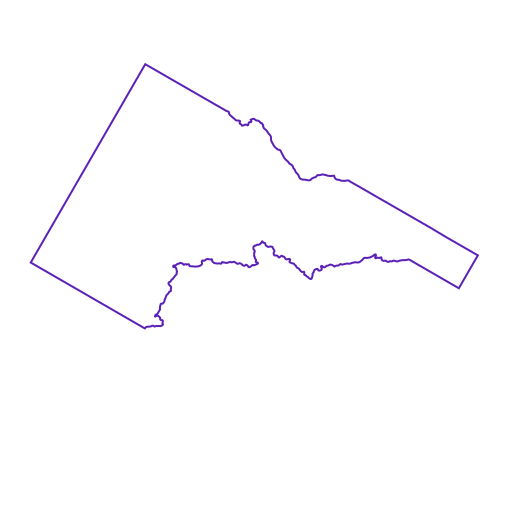 SVG path tracing the border of Idaho, rotated 120°
{"feature_id": "USA-3518", "entity_name": "Idaho", "entity_type": "State", "adm_level": 1, "iso_a3": "USA", "parent_name": "United States of America", "parent_adm1": "", "projection": "mercator", "projection_center": [-114.383, 45.496], "detail": "fine", "context": "isolated", "style": "outline", "palette": "violet", "viewbox_px": 512, "rotation_deg": 120, "n_neighbors": 0, "source": "natural_earth", "source_scale": "10m", "svg_char_len": 6151}
<svg xmlns="http://www.w3.org/2000/svg" viewBox="0 0 512 512"><g transform="rotate(120 256 256)"><path d="M144.5,64.2L182.5,64.2L182.5,121.5L182.9,122.4L183.8,123.2L184.9,124.6L186.8,127.7L188.7,129.8L189.9,130.6L190.3,131.4L191.0,134.2L191.2,134.5L191.5,134.8L192.8,135.7L193.3,137.0L193.5,137.3L194.6,138.1L195.1,138.8L195.3,139.6L195.2,141.0L195.3,141.5L196.4,143.2L196.7,144.3L196.3,145.4L194.7,146.6L194.6,146.8L194.6,147.0L196.2,148.4L196.4,149.0L196.7,150.2L198.0,151.0L198.2,151.4L197.9,151.9L197.5,152.2L195.3,152.5L194.9,153.0L194.9,153.5L195.2,153.8L195.8,154.1L197.3,154.6L200.2,156.5L201.8,158.4L202.4,159.3L203.1,160.8L203.6,161.3L204.2,161.6L206.1,161.9L209.6,163.3L209.9,163.6L210.7,164.6L211.6,166.3L212.0,167.4L212.9,168.1L213.8,169.3L215.3,170.4L216.4,171.9L216.9,173.3L220.4,177.1L220.7,178.7L221.2,179.1L222.8,179.7L224.3,181.7L225.9,182.8L225.9,183.1L225.7,184.4L225.7,185.4L226.0,186.6L226.3,187.4L226.9,187.9L228.1,188.7L229.5,190.1L231.2,190.7L231.7,191.2L231.9,191.9L231.6,193.9L231.9,194.4L232.3,194.5L232.8,194.3L233.7,193.2L234.5,192.5L235.1,192.4L235.6,192.6L236.6,193.3L237.2,194.2L237.3,194.6L237.2,194.9L236.6,195.9L236.5,196.2L236.7,196.8L237.4,197.5L238.3,198.1L239.3,198.4L240.4,198.3L241.6,197.9L242.5,198.2L243.1,198.2L244.7,197.2L247.3,196.6L247.9,196.6L248.5,196.9L248.7,197.6L248.7,199.0L248.2,200.9L248.3,201.8L248.3,202.1L247.9,202.9L247.8,203.4L248.1,204.5L248.0,204.8L247.7,205.2L246.0,206.0L245.7,206.5L246.8,208.1L246.8,209.1L246.7,209.8L245.8,211.7L245.6,212.3L245.5,213.0L245.6,214.4L245.5,215.0L244.6,216.5L244.4,217.1L244.3,218.0L243.7,219.3L244.3,221.2L244.5,223.0L244.5,223.7L244.2,224.1L243.9,224.2L242.1,224.6L241.9,224.9L241.8,225.4L242.0,226.0L243.5,227.7L243.8,228.2L243.7,229.1L242.8,230.6L242.6,231.2L242.7,231.9L243.0,232.5L243.0,232.9L242.9,233.5L243.0,233.9L243.4,234.2L245.6,235.1L245.8,235.8L245.2,237.2L245.2,238.1L245.4,238.7L246.2,240.0L246.2,240.4L246.0,241.0L244.9,242.1L244.3,242.3L242.7,242.4L242.1,242.8L240.7,245.4L240.0,246.2L240.0,246.9L240.3,247.4L240.6,248.4L241.8,249.7L242.1,250.1L242.1,250.5L242.0,251.0L242.1,251.9L242.0,252.7L241.3,253.6L240.4,254.5L240.3,254.8L240.4,255.1L240.8,256.3L240.6,256.9L240.2,257.6L240.2,257.8L240.3,258.0L241.6,258.0L243.8,258.5L245.1,259.5L245.3,259.8L245.4,260.4L245.7,260.7L247.4,261.7L247.7,262.3L248.0,262.5L249.2,262.7L249.7,262.6L251.3,261.7L252.0,260.0L252.6,259.4L253.1,259.2L254.1,259.2L255.2,258.5L256.9,257.7L257.4,256.7L258.5,255.9L259.2,254.3L259.6,253.9L261.2,253.3L261.2,252.8L261.0,251.9L261.0,251.3L261.1,250.8L261.5,250.6L262.7,251.2L265.1,253.1L265.3,253.6L265.3,254.2L265.6,254.5L268.0,255.5L268.6,255.8L269.0,256.2L269.2,256.9L269.2,257.1L268.7,258.1L268.5,258.8L268.4,259.8L268.5,260.1L268.8,260.4L270.0,260.9L270.4,261.3L270.5,261.7L270.6,263.0L270.5,263.6L270.2,264.5L270.1,265.1L270.4,266.3L270.5,266.7L271.6,267.6L272.1,268.3L271.9,271.3L272.0,272.2L273.7,273.9L273.9,275.1L274.1,275.4L276.7,277.9L277.0,278.7L277.3,279.8L277.8,280.7L278.0,282.0L278.5,282.3L279.8,282.3L280.1,282.4L280.3,282.8L280.7,284.0L281.9,285.8L282.7,287.8L283.0,289.0L282.6,291.0L282.1,291.6L281.2,292.1L281.0,292.6L282.1,294.4L282.8,296.4L283.6,297.3L285.4,298.1L286.3,298.8L286.5,299.9L286.7,300.2L287.0,300.3L288.1,300.1L289.4,299.0L289.9,298.8L290.5,298.8L291.4,299.1L292.4,299.6L294.1,301.1L294.7,302.2L295.6,303.2L296.0,304.5L296.6,305.4L297.0,306.4L297.7,307.8L297.8,308.7L297.0,309.6L296.8,310.1L297.0,310.6L298.1,311.8L298.2,312.3L298.2,312.9L298.4,313.2L299.4,313.8L299.6,314.0L299.7,314.3L299.2,316.1L299.6,317.0L299.7,317.9L299.8,318.2L301.1,318.9L302.2,320.1L304.4,321.0L305.4,322.5L305.7,322.6L306.0,322.7L306.6,322.3L306.8,322.1L306.8,321.8L306.1,320.3L306.1,320.0L306.3,319.5L306.6,319.0L309.0,316.6L310.1,316.4L311.0,315.8L311.8,315.7L313.1,316.1L317.8,316.7L318.6,317.3L320.4,317.2L321.2,317.4L322.1,318.2L322.9,318.3L323.5,318.1L324.0,317.6L324.7,315.8L325.0,314.5L325.3,314.0L325.9,313.6L327.8,313.0L328.6,312.3L328.9,312.3L329.5,312.6L330.3,313.2L332.3,313.2L334.7,313.9L338.4,313.3L339.0,313.3L339.7,313.2L340.6,312.8L341.2,312.6L342.9,312.7L343.9,313.1L344.2,313.4L344.7,314.3L345.2,314.5L345.6,314.5L346.7,314.0L348.1,313.8L350.1,312.5L350.6,312.4L354.8,312.4L355.3,312.5L357.2,313.5L358.6,313.4L358.8,313.2L358.7,312.8L357.4,312.2L357.1,311.9L356.9,311.5L356.8,310.3L356.9,309.7L357.2,308.8L357.3,308.3L357.6,307.9L358.6,307.5L358.9,307.1L359.0,306.1L358.4,305.0L358.5,304.5L359.4,303.8L361.0,303.4L361.8,302.3L362.6,302.4L364.4,303.5L364.8,304.4L366.3,306.9L366.6,307.6L367.7,308.4L367.8,308.8L367.9,310.2L368.2,310.9L369.7,312.0L370.2,312.7L370.9,313.8L372.0,315.2L372.6,315.7L374.3,316.1L374.3,447.8L145.3,447.8L145.2,354.3L145.0,353.2L144.7,351.9L145.3,351.1L146.2,350.4L146.6,349.7L147.1,348.5L147.2,347.2L147.7,345.5L148.0,343.3L148.4,341.9L148.5,341.3L148.2,340.2L147.2,338.4L147.1,337.5L147.5,337.0L148.6,336.9L149.0,336.8L149.3,336.2L149.5,335.6L149.5,334.4L150.1,333.4L149.9,332.9L149.1,332.1L147.6,331.1L147.4,330.9L147.1,330.1L147.1,328.9L147.0,328.5L146.5,328.3L144.3,328.9L143.5,328.7L142.6,327.3L142.1,327.2L141.6,327.4L140.6,328.7L139.1,327.6L138.5,326.9L138.2,325.9L138.5,324.1L138.4,323.4L137.9,322.3L137.7,321.7L137.8,320.4L138.5,318.4L138.1,317.0L138.9,316.0L139.0,315.3L139.4,315.0L140.2,314.7L140.7,314.0L141.3,313.1L141.6,312.1L142.0,310.0L142.4,308.9L143.4,306.9L144.4,304.2L144.8,303.4L145.5,302.5L147.9,301.0L148.6,300.4L149.1,299.7L151.2,296.3L152.1,294.4L152.4,293.4L152.8,290.8L152.8,289.7L152.4,288.8L152.3,288.2L152.4,287.6L156.8,280.8L157.6,278.7L158.3,275.3L159.2,273.5L159.3,271.2L159.4,270.1L159.9,269.1L161.2,267.5L161.8,265.7L163.6,263.3L164.0,261.6L164.7,259.8L166.0,258.1L166.6,257.3L166.9,256.2L166.8,255.1L166.5,253.9L165.2,251.3L164.5,249.0L164.0,247.9L163.5,247.3L162.9,246.8L161.3,246.5L159.1,245.1L157.9,243.8L155.2,243.2L154.4,241.6L152.1,239.2L151.0,236.1L150.7,234.4L149.7,231.7L147.7,229.0L147.5,228.5L148.6,227.2L149.1,226.4L149.4,225.3L149.4,224.1L148.6,222.6L148.2,219.9L147.6,218.7L146.4,216.5L144.5,214.1L144.3,213.3L144.4,212.3L144.5,210.7L144.4,200.7L144.4,181.9L144.3,118.5L144.6,101.0L144.5,64.2Z" fill="none" stroke="#5b21b6" stroke-width="2"/></g></svg>